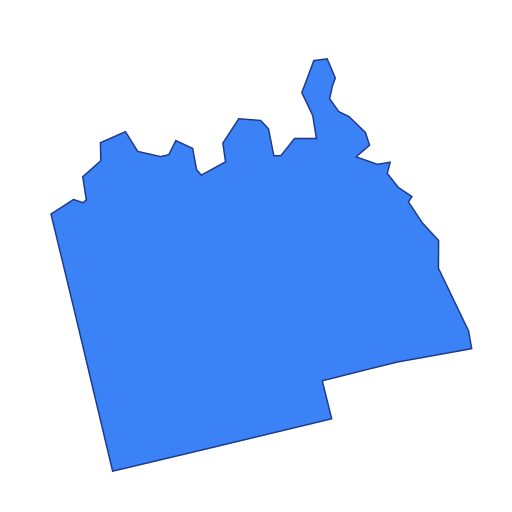 Autauga, Alabama, United States of America (orthographic projection), rotated 167°
{"feature_id": "52423323B1786789370049", "entity_name": "Autauga", "entity_type": "district", "adm_level": 2, "iso_a3": "USA", "parent_name": "United States of America", "parent_adm1": "Alabama", "projection": "orthographic", "projection_center": [-86.703, 32.508], "detail": "fine", "context": "isolated", "style": "filled", "palette": "blue", "viewbox_px": 512, "rotation_deg": 167, "n_neighbors": 0, "source": "geoboundaries", "source_scale": "gbopen_adm2", "svg_char_len": 833}
<svg xmlns="http://www.w3.org/2000/svg" viewBox="0 0 512 512"><g transform="rotate(167 256 256)"><path d="M143.2,404.7L138.7,411.5L142.3,432.1L155.7,433.4L174.6,404.8L169.1,380.1L170.7,356.9L192.0,361.8L209.1,348.2L216.1,349.7L215.2,377.0L221.0,387.0L241.9,393.6L262.9,373.4L264.5,354.6L291.1,347.1L294.5,353.4L293.5,375.0L308.1,386.5L318.2,374.3L326.7,374.3L347.7,384.5L355.3,406.5L382.1,401.4L385.8,383.7L407.0,372.2L408.7,348.9L412.4,346.8L421.1,352.1L446.3,343.0L445.2,237.4L444.9,192.5L444.1,78.6L360.8,79.1L218.9,80.4L219.5,119.5L176.0,120.4L142.3,120.9L66.7,117.2L65.7,134.9L81.0,203.0L74.6,230.0L86.5,250.9L95.3,274.4L90.7,278.8L101.9,290.8L109.5,306.9L104.2,317.2L117.1,318.0L136.2,330.1L120.4,338.4L121.6,351.7L134.0,370.9L142.9,378.1L148.9,392.7L143.2,404.7Z" fill="#3b82f6" stroke="#1e3a8a" stroke-width="1.5"/></g></svg>